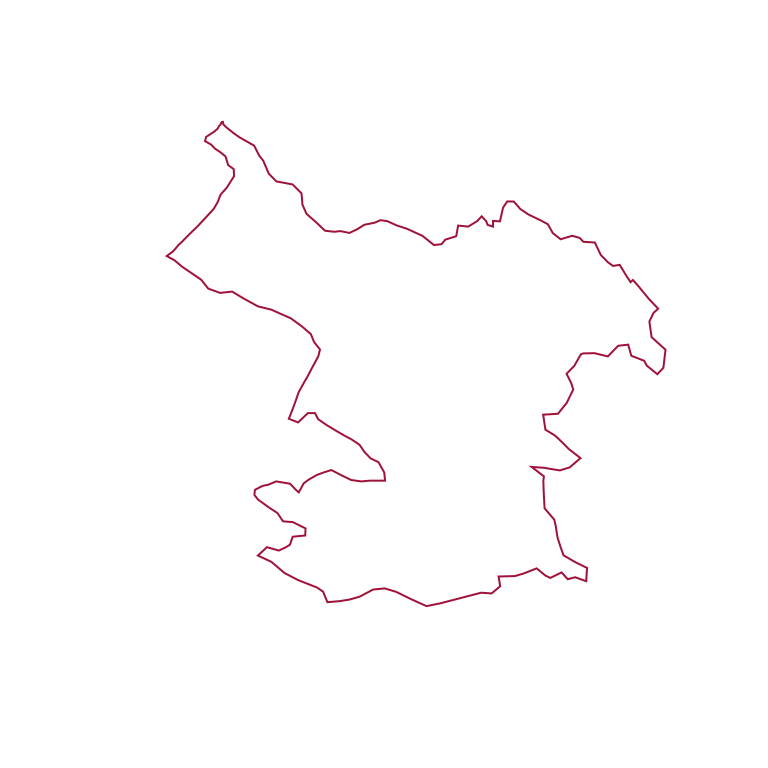 the district of Sotira Lemesou, Cyprus, rotated 116°
{"feature_id": "46923920B57193585231981", "entity_name": "Sotira Lemesou", "entity_type": "district", "adm_level": 2, "iso_a3": "CYP", "parent_name": "Cyprus", "parent_adm1": "", "projection": "equal_earth", "projection_center": [32.841, 34.698], "detail": "fine", "context": "isolated", "style": "outline", "palette": "rose", "viewbox_px": 768, "rotation_deg": 116, "n_neighbors": 0, "source": "geoboundaries", "source_scale": "gbopen_adm2", "svg_char_len": 3046}
<svg xmlns="http://www.w3.org/2000/svg" viewBox="0 0 768 768"><g transform="rotate(116 384 384)"><path d="M219.0,643.7L219.7,644.7L222.0,644.7L222.7,644.7L224.2,645.3L227.7,645.5L231.7,647.3L239.9,652.2L244.2,651.3L244.6,644.4L246.6,638.9L247.4,632.7L248.9,626.2L255.6,620.0L256.8,613.2L263.0,609.9L276.5,611.4L285.0,613.8L287.2,613.8L292.7,613.2L301.1,613.8L308.6,616.0L323.1,620.4L334.8,624.6L345.2,628.1L348.7,629.5L357.2,631.7L364.2,635.4L364.4,632.4L364.6,626.7L367.1,616.9L370.4,594.1L375.3,583.8L374.0,571.3L367.5,561.0L368.7,547.6L369.5,531.5L366.6,518.0L366.3,509.1L365.8,496.6L368.3,482.7L371.3,471.5L376.9,465.3L381.0,456.7L387.8,455.2L402.2,455.8L411.2,456.0L416.9,456.5L428.8,457.1L437.8,456.0L446.5,455.1L457.0,454.3L456.2,444.4L443.6,439.7L440.4,433.3L444.5,427.8L446.0,418.1L447.1,406.0L447.8,396.1L448.0,389.2L449.3,379.5L453.8,371.4L456.7,363.5L456.7,354.6L463.5,344.9L470.4,340.7L477.0,354.2L481.5,361.7L484.7,371.4L484.7,382.6L484.4,393.6L489.9,399.4L495.1,404.4L502.9,409.7L508.5,412.6L518.8,413.1L517.5,417.5L514.8,424.7L518.8,438.2L525.3,443.9L528.8,448.5L535.7,453.6L540.5,451.9L543.1,446.6L545.4,433.6L546.7,423.2L551.7,414.6L548.1,405.3L548.2,391.2L554.7,388.4L557.2,392.5L561.3,399.1L569.6,398.1L573.1,400.2L573.6,400.5L579.8,405.5L582.0,417.7L592.6,421.8L593.5,422.1L593.2,407.3L597.5,390.6L597.9,375.1L596.3,354.9L597.3,347.8L604.9,339.2L598.8,329.0L594.9,323.4L593.0,320.7L585.9,312.7L576.0,305.5L573.6,303.8L567.4,293.8L565.5,282.1L565.5,265.2L565.0,248.4L556.4,237.2L543.9,222.6L529.0,205.2L525.1,195.5L514.9,190.9L506.8,196.6L499.2,182.1L493.2,175.5L482.8,166.0L483.8,161.8L485.4,155.2L485.4,149.5L475.5,141.8L478.9,133.2L473.9,127.5L472.6,115.8L463.2,119.7L460.3,120.9L460.3,133.5L459.3,147.5L453.5,153.5L445.7,160.9L436.6,167.2L431.3,171.5L425.3,185.2L412.0,192.6L401.3,198.3L396.9,199.8L393.8,214.9L389.3,203.8L384.6,188.1L377.6,180.6L364.5,174.9L361.4,189.5L358.0,199.2L355.4,207.5L354.3,218.9L341.8,227.5L334.5,214.6L320.9,211.5L306.0,211.5L301.1,216.1L294.8,224.4L284.1,220.9L271.1,220.1L269.2,218.4L264.0,208.3L261.1,194.9L247.0,190.3L241.6,181.8L250.2,174.1L249.1,160.3L252.3,155.8L255.4,142.6L253.0,141.9L247.0,140.0L229.8,146.0L224.6,164.0L211.5,172.9L201.9,172.9L196.1,170.6L191.7,182.6L184.1,199.2L181.4,205.9L184.4,207.0L181.0,212.8L173.6,224.4L177.5,229.9L176.4,236.2L173.0,245.7L164.4,256.5L168.8,267.1L166.9,272.2L168.3,279.9L176.5,288.7L174.3,298.6L168.6,306.7L168.3,314.1L168.3,328.6L167.0,338.1L163.1,347.3L165.9,353.3L173.3,354.3L183.1,352.0L187.0,351.1L189.7,357.5L194.7,355.0L195.6,360.5L192.9,363.5L190.5,369.7L196.8,371.7L205.6,377.3L209.1,386.8L219.5,383.9L227.4,392.2L233.2,393.6L237.2,400.1L234.0,414.3L234.4,431.2L235.9,442.1L236.2,452.3L238.3,459.0L243.1,463.1L249.6,471.6L256.2,475.6L263.4,481.3L265.7,490.2L269.0,495.5L272.1,504.2L268.7,514.9L265.0,528.3L258.6,535.9L248.8,541.7L244.7,553.6L249.1,569.6L245.5,579.7L236.2,590.5L233.4,596.3L226.7,605.2L225.6,622.2L224.6,628.4L223.3,634.5L222.3,638.6L221.1,642.2L219.0,643.7Z" fill="none" stroke="#9f1239" stroke-width="2"/></g></svg>